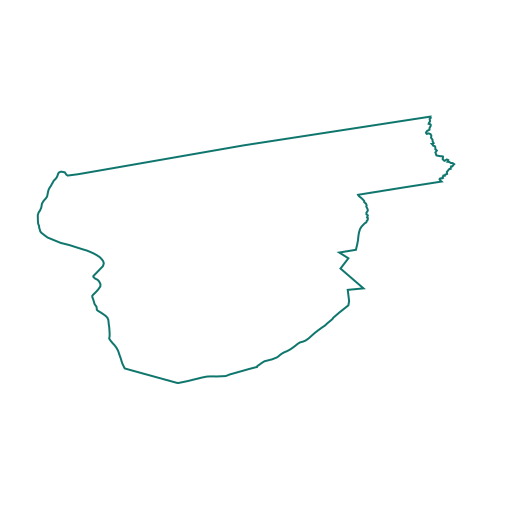 the district of Chum Kiri, Kâmpôt, Cambodia, rotated 81°
{"feature_id": "14789045B68575836208797", "entity_name": "Chum Kiri", "entity_type": "district", "adm_level": 2, "iso_a3": "KHM", "parent_name": "Cambodia", "parent_adm1": "Kâmpôt", "projection": "natural_earth1", "projection_center": [104.434, 10.999], "detail": "fine", "context": "isolated", "style": "outline", "palette": "teal", "viewbox_px": 512, "rotation_deg": 81, "n_neighbors": 0, "source": "geoboundaries", "source_scale": "gbopen_adm2", "svg_char_len": 3635}
<svg xmlns="http://www.w3.org/2000/svg" viewBox="0 0 512 512"><g transform="rotate(81 256 256)"><path d="M195.0,47.3L194.6,49.1L193.5,50.2L192.9,52.0L192.3,51.3L191.3,51.1L190.5,52.5L191.5,54.8L191.0,55.5L189.5,56.5L188.2,56.0L187.0,55.8L186.5,57.1L186.2,58.6L185.7,59.9L185.2,61.4L184.8,62.1L183.4,62.3L181.7,62.6L181.1,61.9L180.1,60.9L179.4,61.5L178.7,62.2L177.5,62.0L176.4,61.9L175.4,62.3L174.9,63.6L173.9,64.0L172.8,64.8L172.8,63.7L172.4,62.9L171.8,63.1L170.5,63.6L168.6,63.5L166.6,64.6L164.5,64.0L163.0,64.5L161.9,66.3L162.1,68.3L161.3,68.7L160.5,68.7L159.6,67.7L159.1,67.3L158.9,66.3L158.4,64.9L156.8,64.6L155.6,63.7L154.8,63.1L153.9,62.9L153.2,63.1L152.5,64.8L151.4,64.2L150.3,63.1L149.1,63.0L147.8,63.1L146.9,61.8L146.2,62.1L145.6,61.9L144.8,250.6L146.0,327.4L146.9,384.7L147.4,418.7L147.1,429.4L146.1,430.5L143.4,431.8L143.1,432.8L142.8,433.6L142.2,435.3L142.3,436.2L142.7,437.5L143.6,438.5L145.8,439.6L147.4,440.7L148.9,442.4L149.9,443.9L152.0,445.5L153.1,446.5L154.4,447.4L156.3,449.1L157.6,450.2L159.7,451.2L164.5,453.0L166.3,454.6L167.5,456.2L168.8,457.6L170.8,459.2L174.8,460.6L177.4,462.3L178.2,463.2L179.2,464.0L181.4,465.1L183.3,465.4L186.3,465.8L190.0,466.1L192.3,465.6L194.3,465.7L195.4,465.5L198.0,465.2L199.5,464.4L200.4,463.5L202.4,461.7L203.8,460.3L204.5,459.6L205.1,459.0L206.1,457.4L207.8,454.6L209.7,451.5L212.6,446.7L214.3,442.6L216.3,438.0L218.2,434.3L220.2,430.3L222.3,426.1L224.0,422.5L226.2,418.8L228.2,415.8L230.3,413.1L232.7,410.5L235.0,408.9L236.9,407.9L238.0,407.6L239.4,407.5L240.6,408.0L242.2,408.9L243.3,410.4L245.2,412.9L247.4,415.8L249.1,418.1L250.4,419.8L251.2,419.9L253.0,418.6L254.7,416.2L256.4,415.0L258.0,414.5L258.7,414.2L259.8,414.1L261.7,414.5L264.3,417.0L265.8,418.8L267.3,420.8L268.8,423.0L269.7,423.9L271.1,424.1L273.3,423.6L275.5,423.3L278.0,423.0L280.2,422.0L281.1,421.5L282.5,421.5L284.2,421.6L285.4,420.7L287.5,418.2L289.7,415.8L291.7,413.8L294.0,412.3L295.8,411.9L297.4,411.9L300.3,412.1L303.0,412.1L305.6,412.3L306.8,412.4L307.7,412.5L309.7,412.7L312.1,413.1L314.6,413.9L316.7,413.0L317.4,412.6L319.9,411.1L322.1,409.6L325.0,408.1L328.2,407.0L331.8,406.4L336.1,405.6L338.4,405.3L341.4,404.8L344.1,404.0L345.9,403.5L346.6,403.1L353.3,388.4L369.0,353.8L369.2,353.0L369.3,352.2L369.2,350.6L368.9,343.9L367.6,328.5L367.4,323.5L367.7,320.5L368.9,313.1L369.8,305.2L369.6,303.4L368.9,300.5L368.5,297.0L367.6,289.4L366.6,281.2L365.9,274.2L365.8,272.4L364.9,271.9L363.9,269.7L362.6,267.2L361.3,264.1L360.7,257.5L360.6,256.4L359.5,251.4L358.8,249.8L357.7,248.1L356.5,245.8L355.5,243.1L354.9,240.5L353.8,237.2L352.5,234.4L350.7,231.0L349.2,228.4L348.2,225.9L347.9,222.8L347.2,220.1L345.7,217.0L343.1,213.0L341.2,210.0L339.2,206.4L338.6,205.2L337.1,202.3L335.5,198.8L333.6,196.0L332.0,193.3L330.7,191.1L329.7,189.8L329.1,189.4L324.9,182.6L319.2,172.5L315.2,171.1L303.8,170.7L304.8,154.9L281.6,174.5L272.7,165.1L265.6,173.2L265.5,156.3L263.9,155.7L260.8,154.4L256.4,152.8L252.2,151.7L248.9,150.6L245.8,149.1L243.5,147.2L241.0,143.9L240.5,143.0L240.2,142.1L239.6,141.5L238.7,141.1L238.1,140.3L237.4,139.9L236.0,139.6L235.3,140.3L234.2,139.6L233.4,139.2L232.9,139.6L232.1,140.4L230.6,140.2L229.8,139.5L228.7,138.5L227.9,138.4L226.2,138.7L224.9,139.2L224.2,139.3L223.2,138.8L221.4,139.2L219.8,140.7L218.7,140.5L217.5,141.2L215.4,142.7L213.4,144.6L212.4,145.3L211.5,145.6L211.4,98.5L211.5,61.1L210.3,62.1L208.8,62.7L208.2,62.0L208.2,61.1L208.5,60.2L208.2,59.1L207.3,59.3L205.8,58.3L206.3,57.0L205.2,56.4L205.1,55.5L204.8,54.4L202.9,54.4L201.8,53.2L200.3,51.4L200.4,50.1L199.4,49.9L198.0,49.2L198.2,48.1L197.2,47.1L196.3,45.9L195.0,47.3Z" fill="none" stroke="#0f766e" stroke-width="2"/></g></svg>